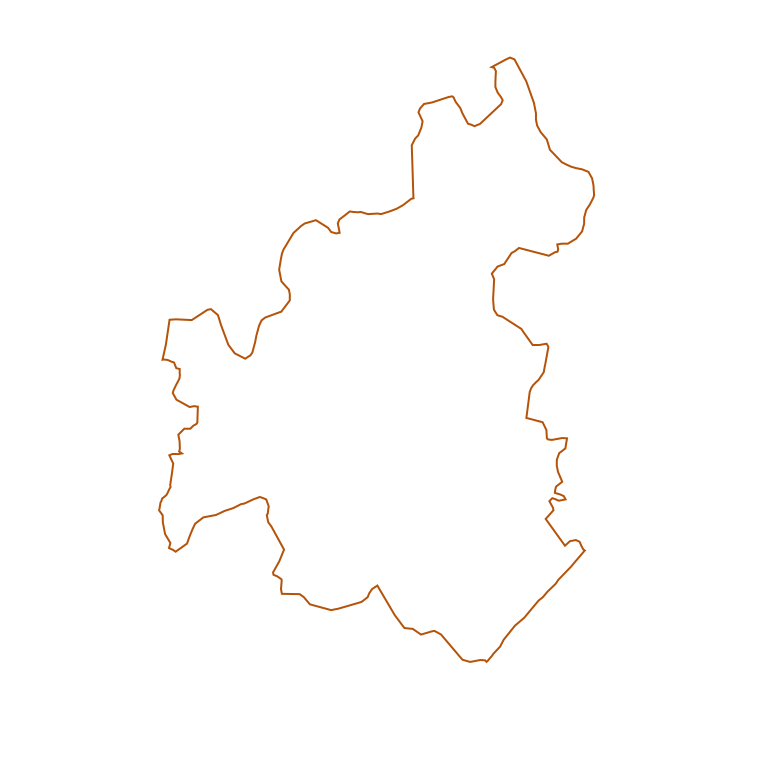 outline of Abu Kabir, Ash Sharqiyah, Egypt, rotated 348°
{"feature_id": "37247803B57835659409223", "entity_name": "Abu Kabir", "entity_type": "district", "adm_level": 2, "iso_a3": "EGY", "parent_name": "Egypt", "parent_adm1": "Ash Sharqiyah", "projection": "robinson", "projection_center": [31.698, 30.732], "detail": "fine", "context": "isolated", "style": "outline", "palette": "amber", "viewbox_px": 768, "rotation_deg": 348, "n_neighbors": 0, "source": "geoboundaries", "source_scale": "gbopen_adm2", "svg_char_len": 4433}
<svg xmlns="http://www.w3.org/2000/svg" viewBox="0 0 768 768"><g transform="rotate(348 384 384)"><path d="M426.5,677.1L427.7,676.5L433.6,671.9L434.8,670.7L443.0,665.0L447.8,659.1L462.0,647.5L472.6,641.8L478.3,637.3L484.4,632.5L490.3,627.9L495.0,625.6L500.9,621.0L510.3,615.2L513.9,611.7L515.6,610.6L529.2,601.4L533.1,598.3L545.8,588.6L544.6,587.4L543.5,583.8L543.1,581.7L542.5,579.0L541.6,578.3L539.1,576.5L533.2,576.4L527.4,579.8L514.1,549.6L518.5,546.4L523.5,542.7L523.6,540.3L521.4,533.0L524.9,530.7L527.2,532.0L530.7,534.5L535.3,534.6L537.6,534.6L536.8,532.0L536.5,531.0L533.1,528.5L530.8,527.3L528.5,526.0L529.8,522.4L531.0,520.1L538.0,516.7L535.9,505.9L536.0,502.3L536.0,499.9L537.3,494.0L540.5,488.9L540.9,488.1L543.3,487.0L548.0,484.7L550.7,477.8L551.7,475.2L547.1,473.9L543.6,473.8L540.1,473.7L536.6,473.6L533.1,472.4L532.0,471.1L533.3,462.8L531.2,454.4L519.6,448.5L516.2,446.8L521.6,431.5L524.9,422.0L527.3,418.4L529.7,416.1L533.2,413.8L534.1,413.3L536.1,412.1L539.1,409.2L542.7,405.7L543.7,403.2L545.1,399.8L545.8,398.3L552.5,382.0L551.7,379.2L551.4,378.4L549.1,378.3L544.5,378.2L537.5,376.8L534.4,369.5L531.8,363.6L530.8,361.2L529.8,358.7L513.8,342.8L509.2,340.3L507.0,334.2L507.4,330.7L508.1,325.5L508.4,323.5L512.2,309.3L513.5,304.5L512.4,298.5L518.2,293.8L519.5,292.7L526.5,291.7L536.0,282.4L539.6,281.3L544.3,279.0L571.9,292.8L578.9,290.6L581.2,290.7L582.4,288.3L582.5,283.5L587.2,283.7L593.0,285.0L595.7,284.0L602.4,281.7L603.4,280.8L609.5,275.9L613.1,268.8L614.4,262.8L618.0,255.8L622.8,251.1L627.6,245.2L628.8,242.9L629.5,237.7L630.2,233.4L630.3,226.2L628.1,219.0L622.4,215.2L619.6,214.0L616.6,212.7L612.0,210.2L608.6,207.7L604.0,204.0L595.0,189.4L594.1,178.6L589.6,170.2L587.5,162.9L587.6,157.0L588.9,151.0L589.1,140.3L586.1,117.5L579.1,93.6L575.1,90.9L570.4,92.0L555.2,96.4L557.5,97.6L558.5,101.2L556.0,110.7L554.7,116.7L555.8,122.7L558.0,127.5L559.1,131.1L556.7,134.6L531.9,149.6L526.1,150.6L523.5,148.7L522.6,148.1L520.3,146.9L517.1,136.0L516.0,130.0L512.7,122.8L511.6,118.0L510.5,116.8L507.0,116.7L489.5,118.6L484.9,118.5L481.4,118.4L476.6,121.9L474.2,125.4L475.3,130.2L476.4,135.0L473.9,140.9L469.1,148.0L465.6,150.3L460.8,156.2L456.1,182.4L451.6,207.3L451.5,208.5L449.2,208.5L439.8,213.0L432.8,215.2L425.8,216.3L416.5,217.2L413.0,215.9L403.7,214.5L401.4,213.3L399.1,212.0L396.8,210.8L394.5,210.7L389.9,209.4L386.4,208.1L379.5,211.5L374.6,213.8L372.2,217.3L372.1,224.5L372.0,226.9L370.9,226.8L370.0,226.8L368.5,226.8L363.9,224.3L361.7,219.5L355.7,213.7L351.5,209.6L348.0,209.9L339.8,210.5L335.4,212.4L331.9,214.5L326.9,217.4L317.4,227.6L313.8,231.4L311.4,235.0L308.9,240.9L305.2,250.4L305.0,262.3L307.6,266.9L310.6,272.0L310.5,276.8L309.2,282.7L299.7,290.9L298.5,292.0L297.4,292.0L281.6,294.3L277.5,296.3L273.9,301.0L269.1,310.4L266.6,316.4L261.8,325.8L259.4,328.1L253.5,330.4L244.4,323.0L239.9,313.3L236.9,292.9L235.9,282.1L230.3,274.8L226.8,274.7L213.4,279.9L209.2,281.5L197.1,278.3L194.1,277.5L189.8,276.9L187.6,276.6L182.0,291.6L178.9,300.0L172.4,314.2L173.9,314.3L177.4,315.5L180.8,318.0L183.1,319.3L184.1,325.3L186.4,326.5L187.3,326.9L186.3,331.3L186.3,332.5L185.1,336.1L180.3,341.9L176.7,346.6L175.5,349.0L177.7,356.2L189.1,366.1L193.7,366.2L197.2,367.5L193.4,382.9L192.2,384.1L188.7,385.2L185.2,387.5L179.4,386.2L172.3,390.8L172.1,397.9L170.8,405.1L169.6,407.4L171.9,409.9L168.4,409.8L162.6,408.5L159.2,409.1L161.3,418.0L157.5,428.7L153.9,438.2L153.8,440.5L152.6,441.7L149.0,446.4L147.8,447.6L143.2,449.9L141.9,452.2L140.8,453.4L138.4,459.5L137.7,460.8L140.2,466.3L138.9,473.5L138.7,483.1L138.7,485.4L142.0,495.1L139.6,499.8L143.0,502.3L145.3,504.7L153.2,501.3L158.2,499.1L161.8,493.2L166.6,486.1L168.9,483.1L170.2,481.4L172.5,480.3L179.6,476.9L184.2,477.0L192.4,477.2L201.7,475.0L208.4,474.3L211.0,474.0L219.2,471.8L222.7,471.9L232.0,469.7L239.0,468.7L241.3,470.0L243.8,471.7L244.8,472.4L245.8,479.6L243.3,486.7L242.1,487.9L242.0,495.1L244.2,499.9L251.8,525.2L247.0,532.3L244.6,535.8L236.3,545.2L236.3,546.6L236.2,547.6L239.7,550.0L243.1,553.7L243.1,554.9L240.6,563.2L240.5,566.8L240.5,568.0L245.6,569.2L257.8,572.0L261.2,575.7L265.7,584.1L285.3,594.2L288.8,594.2L292.2,594.3L302.2,593.6L316.7,592.5L323.7,589.1L326.1,585.6L327.3,584.4L329.7,582.1L335.6,579.8L346.5,612.4L353.2,626.9L357.7,628.4L361.2,629.5L368.1,636.8L379.7,635.9L382.0,636.0L384.6,638.2L387.7,640.9L403.4,670.0L410.3,673.7L411.6,673.8L420.8,674.0L425.4,675.3L426.5,677.1Z" fill="none" stroke="#b45309" stroke-width="2"/></g></svg>